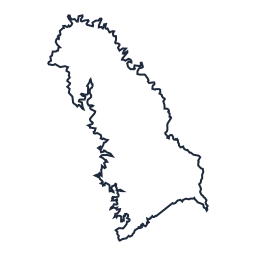 Prudentópolis, Paraná, Brazil
{"feature_id": "56859067B94750032361758", "entity_name": "Prudentópolis", "entity_type": "district", "adm_level": 2, "iso_a3": "BRA", "parent_name": "Brazil", "parent_adm1": "Paraná", "projection": "robinson", "projection_center": [-51.129, -25.136], "detail": "fine", "context": "isolated", "style": "outline", "palette": "slate", "viewbox_px": 256, "rotation_deg": 0, "n_neighbors": 0, "source": "geoboundaries", "source_scale": "gbopen_adm2", "svg_char_len": 5774}
<svg xmlns="http://www.w3.org/2000/svg" viewBox="0 0 256 256"><path d="M67.9,16.5L69.1,19.3L70.3,20.0L70.5,20.9L72.2,23.4L71.7,24.7L70.4,26.2L69.5,26.6L68.7,25.5L67.5,27.0L66.6,26.9L65.0,25.8L63.3,26.0L63.8,28.1L62.8,28.2L59.8,31.0L60.5,34.5L59.9,35.3L58.6,35.3L57.9,36.5L59.0,37.5L58.8,39.1L57.0,38.6L56.4,39.4L55.7,41.9L57.2,44.7L59.9,47.3L58.6,47.4L57.9,50.7L56.9,50.7L56.0,51.5L52.7,51.6L52.0,55.6L50.4,56.6L51.0,60.8L48.8,62.0L48.3,63.2L48.8,64.3L51.8,64.9L53.3,65.0L55.1,64.1L60.2,67.1L64.9,66.2L68.0,67.2L66.6,69.5L66.5,71.0L68.7,72.0L69.3,73.0L68.8,75.3L69.7,77.5L67.4,80.1L67.3,81.0L70.1,83.3L69.5,84.7L67.3,86.8L69.6,88.8L68.8,92.7L72.4,96.6L73.1,102.5L73.7,103.4L76.0,104.9L77.2,106.5L78.5,105.0L79.5,105.1L82.5,108.7L83.5,109.2L82.5,106.7L81.9,102.4L78.9,101.4L79.2,100.0L80.0,99.5L84.5,99.6L85.2,97.9L85.3,96.7L84.7,96.1L82.7,95.9L81.0,94.3L81.6,93.7L85.2,94.7L87.0,94.6L88.0,93.7L88.1,87.4L87.9,86.5L87.1,86.0L89.7,81.9L89.9,80.2L90.6,79.3L91.7,83.8L92.6,84.3L92.6,85.7L92.0,87.5L90.4,88.7L89.8,90.0L89.7,92.8L91.2,95.5L91.0,97.3L87.8,99.8L87.3,101.9L87.5,103.4L88.6,105.4L92.0,105.3L93.1,105.8L92.5,106.4L90.2,106.8L90.3,108.5L91.0,109.3L95.2,111.3L95.1,112.3L94.1,114.0L90.2,118.5L90.0,119.7L90.8,121.2L92.8,122.7L92.4,123.9L88.2,125.4L90.1,126.6L90.0,127.6L95.6,128.4L94.7,131.3L93.7,131.9L93.9,133.2L95.1,133.6L97.2,133.0L100.8,135.0L101.3,137.2L100.7,138.4L102.5,139.2L103.3,138.5L104.1,138.7L104.6,139.3L107.7,140.0L105.6,142.2L103.9,142.7L103.2,145.2L101.5,148.2L100.3,146.5L98.1,148.0L100.5,149.8L101.1,152.3L103.8,151.6L103.8,150.5L104.7,150.6L107.2,152.5L110.4,153.6L112.5,156.3L107.2,155.0L102.3,155.1L101.3,155.7L100.3,156.8L102.7,157.9L105.2,160.1L105.9,159.9L107.2,161.8L105.6,161.8L104.1,163.1L105.7,167.3L104.6,168.1L101.9,165.8L101.8,168.7L101.2,169.6L101.6,175.7L99.8,174.3L99.5,175.7L96.8,174.7L95.0,175.5L99.4,177.6L100.0,179.0L102.2,181.0L102.8,182.0L100.9,183.4L103.0,184.1L103.0,185.6L104.7,185.2L104.6,184.0L105.5,182.8L108.5,184.4L109.4,185.2L109.6,186.5L109.7,191.3L111.3,191.0L113.5,192.1L113.3,191.2L111.2,188.6L112.2,186.2L114.3,185.5L115.4,183.8L116.2,184.2L115.9,186.9L116.7,187.9L116.9,190.3L118.2,190.2L117.3,193.1L118.6,194.8L118.4,196.4L116.3,197.3L112.8,196.9L112.2,198.0L113.1,198.3L111.9,200.5L114.9,200.4L117.0,199.4L117.2,200.3L116.4,201.4L117.3,203.1L117.4,204.1L116.7,204.6L114.0,204.2L113.4,205.6L110.8,207.9L110.5,209.0L113.6,207.5L115.7,208.2L116.8,207.8L116.3,208.8L116.7,209.7L120.0,209.1L119.6,210.8L117.4,213.5L115.4,213.8L115.2,215.4L114.4,217.0L115.9,216.2L116.6,217.3L117.5,215.7L120.3,215.9L121.2,216.6L121.1,221.5L121.9,221.6L123.0,220.0L123.9,221.4L123.6,216.9L123.8,215.9L124.9,216.2L125.3,215.4L125.1,214.0L126.4,213.8L128.0,214.9L128.1,216.4L127.1,218.2L129.5,219.3L129.6,220.3L129.2,221.0L128.2,221.7L127.1,221.5L126.5,224.3L123.2,228.4L119.1,228.1L115.7,230.2L117.4,231.9L117.2,233.8L118.8,236.0L118.2,237.6L119.1,240.1L119.8,240.6L122.6,239.0L126.4,238.3L128.7,235.8L129.9,236.6L132.1,235.5L132.7,234.0L133.9,232.9L134.9,230.2L138.4,228.1L138.6,227.1L139.4,227.2L139.8,228.1L141.8,227.4L141.9,226.5L140.9,225.8L141.3,224.9L142.1,224.9L142.5,223.8L143.3,224.2L143.6,225.5L145.6,226.3L146.9,224.4L146.9,222.6L148.2,222.8L148.8,222.3L147.7,220.6L147.3,218.7L148.2,219.2L149.6,219.0L150.5,218.5L150.5,217.6L151.7,217.3L152.3,216.1L153.2,216.9L154.2,217.0L155.6,215.8L156.3,216.0L172.6,203.1L173.6,203.7L175.4,203.0L177.5,200.6L180.3,199.8L182.3,201.5L183.0,200.0L185.8,198.7L189.0,199.3L190.5,198.6L193.3,198.6L194.3,197.9L194.9,199.4L196.3,200.5L197.5,202.2L203.2,204.4L203.8,207.4L205.7,208.5L206.7,210.6L207.4,209.4L206.6,207.9L207.7,205.9L206.2,204.4L205.6,202.3L206.5,200.2L204.7,197.7L203.6,197.1L203.1,195.9L201.4,194.7L200.1,191.9L201.0,189.0L200.8,188.1L199.1,184.2L200.6,182.7L201.0,181.7L200.9,180.3L202.2,178.3L202.1,174.8L203.3,172.0L202.8,168.9L200.8,168.2L198.3,165.5L198.2,163.9L198.7,161.7L198.2,160.7L200.2,157.2L198.7,155.7L193.4,154.7L190.8,152.6L189.6,152.6L187.5,150.0L186.8,150.2L184.8,149.3L183.9,148.5L183.2,146.5L180.9,147.4L180.0,146.9L179.0,145.3L178.8,143.4L178.1,142.7L177.9,140.3L177.0,139.0L176.2,139.7L175.7,139.1L175.0,139.7L174.0,139.6L173.2,138.6L173.0,136.8L172.1,135.2L170.7,134.9L168.9,136.2L168.9,138.4L167.3,137.8L167.6,136.6L165.2,133.5L165.4,132.6L166.8,131.5L167.4,129.9L167.3,124.6L167.7,123.4L171.1,117.9L170.6,116.9L169.6,116.9L169.6,113.6L168.2,111.9L169.0,111.2L168.5,109.6L167.0,108.7L164.5,108.6L164.5,105.2L163.3,101.2L164.8,99.2L164.5,98.4L163.1,97.8L162.0,96.2L161.8,94.9L159.5,93.6L160.3,92.3L160.1,89.7L159.2,89.1L155.7,89.1L155.1,89.6L152.4,88.9L152.6,86.3L153.1,85.3L154.3,84.5L154.5,83.4L154.0,82.3L149.1,83.0L147.9,81.5L148.5,80.4L147.8,78.6L144.9,74.6L139.6,74.6L137.4,74.0L137.5,71.1L139.2,68.2L142.1,67.6L142.9,66.9L141.6,62.7L140.8,62.8L140.7,65.5L140.0,66.1L134.6,65.4L134.1,67.5L134.9,68.6L134.3,69.2L130.5,69.1L129.2,68.0L128.0,66.6L127.2,63.4L128.7,61.5L131.4,62.5L131.4,61.3L130.5,59.6L128.5,58.8L125.4,60.7L123.6,59.7L122.0,59.7L122.3,58.6L127.4,52.5L127.3,51.4L123.7,53.7L122.9,53.5L123.7,51.2L125.9,48.6L122.8,48.4L119.5,50.6L118.0,47.7L119.5,45.2L119.5,44.3L118.0,43.4L115.7,43.3L115.1,42.5L116.0,40.2L116.0,36.2L113.9,36.2L113.0,34.7L112.9,33.5L114.1,31.4L112.8,31.1L109.5,32.4L107.5,28.5L106.2,28.8L105.4,28.0L105.2,26.8L106.0,24.0L104.2,24.3L102.8,28.4L101.1,26.9L98.8,27.4L98.9,25.3L101.6,19.1L101.0,18.5L99.9,18.7L98.4,20.6L95.9,20.6L92.5,22.6L93.1,25.4L92.9,26.3L87.3,24.9L86.5,23.9L88.6,20.9L88.2,20.1L84.9,20.4L81.9,21.5L80.8,20.9L80.9,19.3L82.6,16.7L82.4,15.4L78.7,16.2L77.7,21.6L76.7,21.5L74.6,19.0L72.7,19.4L71.3,19.2L70.0,16.9L69.8,15.6L68.6,15.4L67.9,16.5ZM118.2,190.2L120.3,189.7L122.8,191.1L121.1,191.1L118.2,190.2ZM99.8,174.3L99.4,173.2L98.8,173.8L99.8,174.3Z" fill="none" stroke="#1e293b" stroke-width="2"/></svg>